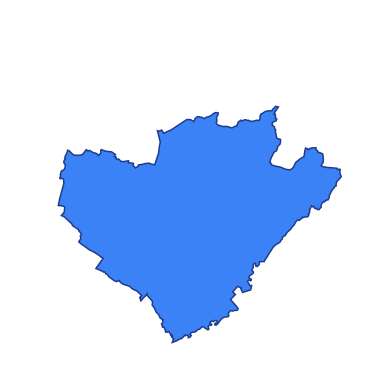 Kao Liao, Nakhon Sawan, Thailand (Equal Earth projection), rotated 46°
{"feature_id": "78962969B93579167004560", "entity_name": "Kao Liao", "entity_type": "district", "adm_level": 2, "iso_a3": "THA", "parent_name": "Thailand", "parent_adm1": "Nakhon Sawan", "projection": "equal_earth", "projection_center": [100.115, 15.884], "detail": "fine", "context": "isolated", "style": "filled", "palette": "blue", "viewbox_px": 384, "rotation_deg": 46, "n_neighbors": 0, "source": "geoboundaries", "source_scale": "gbopen_adm2", "svg_char_len": 6036}
<svg xmlns="http://www.w3.org/2000/svg" viewBox="0 0 384 384"><g transform="rotate(46 192 192)"><path d="M75.5,252.5L76.7,254.1L78.3,258.7L79.3,259.9L80.2,260.1L80.3,261.4L81.1,263.1L81.9,263.8L84.7,264.4L86.6,266.9L87.1,269.6L86.2,270.6L86.2,271.4L88.0,274.7L89.4,275.3L90.0,277.4L90.5,277.7L91.2,277.3L92.3,275.7L93.2,275.5L93.7,275.6L96.8,278.2L104.5,291.2L108.9,297.6L109.5,297.1L109.7,296.6L112.9,294.3L113.8,294.1L114.8,294.4L117.7,297.9L118.2,302.4L119.6,301.6L122.3,301.0L131.7,300.6L133.1,301.3L140.2,299.8L141.5,300.5L142.7,300.4L145.8,301.0L146.0,302.9L147.5,303.7L148.6,305.1L148.8,306.5L149.2,306.8L148.9,307.7L150.0,308.2L162.8,305.9L165.5,304.8L168.9,303.8L173.3,302.8L175.8,302.7L176.5,302.2L177.9,302.0L180.3,314.3L184.0,312.6L185.5,312.2L186.7,311.3L188.0,311.4L188.5,310.5L189.5,310.4L190.9,310.9L191.5,310.5L193.3,310.2L195.3,310.7L201.9,309.5L204.0,308.5L205.2,305.7L206.2,306.2L209.8,305.9L216.6,302.4L219.6,302.3L222.9,301.3L224.4,300.5L231.4,300.1L231.6,303.0L233.5,303.2L233.5,303.9L234.8,304.4L234.4,300.9L234.4,296.9L234.1,295.1L235.2,296.1L242.6,296.3L244.3,297.3L245.2,298.8L245.9,299.3L248.7,299.5L253.5,301.2L257.1,301.2L260.8,302.5L261.3,302.0L262.2,302.2L263.7,301.5L263.9,302.3L264.2,302.2L265.6,303.8L265.8,304.7L265.6,305.5L266.6,306.0L267.7,306.1L268.3,307.0L268.9,307.0L269.2,306.5L270.7,306.2L271.7,306.8L272.5,306.7L273.3,307.6L274.4,308.3L275.7,307.1L275.6,306.3L276.3,305.5L277.0,306.0L277.7,305.7L279.2,306.3L279.6,305.9L280.2,306.6L280.7,305.9L281.2,305.7L281.6,307.1L282.3,307.4L282.7,306.9L283.4,306.8L284.0,307.5L285.1,307.3L285.3,308.4L286.6,310.7L288.4,306.3L289.2,303.0L290.2,301.2L290.1,297.7L290.1,297.0L290.6,296.9L290.4,296.2L291.8,294.8L292.4,294.6L294.3,295.9L295.0,294.4L295.1,293.8L294.7,292.2L293.3,292.5L292.7,291.5L293.1,289.1L294.5,287.7L294.8,287.0L294.6,286.4L295.1,285.9L294.9,283.8L296.0,281.6L295.9,280.0L296.2,278.1L297.1,277.2L299.0,277.2L300.6,276.6L301.8,276.5L302.4,275.8L302.2,275.0L300.4,274.1L299.7,272.9L299.9,271.7L301.1,271.2L301.2,270.1L300.7,269.7L298.9,270.1L298.3,269.6L298.2,268.2L298.6,267.5L300.1,266.7L300.0,265.6L300.9,264.1L302.0,263.6L302.8,263.9L303.1,264.4L303.1,265.3L302.5,266.3L302.9,267.5L303.6,267.9L304.5,267.1L304.7,265.2L303.8,259.3L303.9,257.0L305.3,254.4L306.5,253.2L306.8,252.3L306.6,251.4L305.2,250.8L304.4,249.7L304.1,247.2L304.5,246.3L305.8,245.6L306.9,243.5L308.3,242.0L308.5,241.2L307.9,239.8L305.2,239.4L296.1,239.0L295.9,232.0L292.1,232.1L291.6,224.7L295.2,223.3L295.5,224.1L299.4,225.3L303.2,217.8L300.7,214.1L300.2,214.9L299.2,215.3L297.5,214.7L295.6,214.5L294.8,214.0L294.6,212.6L296.5,211.6L296.7,211.0L296.5,210.4L295.7,209.9L293.8,210.7L292.8,210.6L292.5,209.7L292.5,207.5L293.0,205.2L292.7,203.8L291.7,203.2L290.5,203.4L289.6,203.1L288.9,200.5L287.3,199.1L286.7,198.1L286.8,196.5L287.4,196.0L288.0,196.2L289.4,197.6L290.9,196.9L290.9,194.2L290.7,193.7L290.0,193.4L289.4,192.0L289.1,191.8L292.2,188.4L291.6,186.9L290.7,182.2L290.1,180.6L288.8,174.9L288.2,172.8L288.0,169.3L289.2,163.5L288.6,161.5L288.5,159.9L287.4,158.2L287.5,156.9L288.1,155.3L287.1,151.4L287.3,147.4L286.6,143.1L286.7,141.5L285.6,138.3L285.5,137.3L285.7,135.1L287.0,134.4L286.9,132.6L287.3,131.5L286.9,130.0L288.0,129.4L288.2,128.2L290.0,126.4L290.2,125.5L289.8,124.2L288.9,123.9L289.0,122.5L288.0,121.5L287.6,120.5L286.4,120.0L286.4,119.3L285.0,115.6L286.5,115.5L287.0,114.5L287.6,114.5L288.2,115.0L289.5,114.9L290.0,114.6L290.3,113.6L291.9,113.9L292.9,112.8L292.6,109.4L291.5,108.8L290.4,106.4L290.3,103.9L291.0,103.8L291.3,100.3L292.1,99.9L292.1,99.2L291.5,97.5L289.9,95.8L289.3,93.4L288.6,92.1L287.7,88.5L287.8,86.9L287.2,86.0L287.8,84.0L286.8,83.3L285.0,80.9L285.1,78.7L284.8,77.1L285.0,75.9L284.5,73.9L281.3,72.5L280.5,71.7L279.6,71.1L278.7,69.7L278.0,70.1L276.8,71.8L275.6,71.2L267.7,78.2L264.1,80.5L263.0,80.8L262.3,79.7L262.1,78.2L261.8,77.2L261.1,76.2L258.3,73.5L255.3,71.5L251.9,73.0L251.3,73.8L249.4,73.0L248.5,73.3L247.6,73.0L247.1,73.1L246.2,72.1L243.1,75.8L243.1,76.5L242.7,76.8L242.7,78.7L242.1,79.1L241.4,78.7L239.3,79.8L240.5,81.8L244.3,86.8L243.3,91.0L242.8,96.1L242.9,97.3L244.5,101.3L244.7,103.2L244.4,105.6L242.3,107.7L240.7,108.8L235.5,111.1L231.5,113.9L227.8,115.9L225.9,115.2L224.7,115.6L224.3,114.5L222.8,112.2L220.4,105.6L220.5,104.5L221.0,103.5L221.0,102.6L220.0,100.3L218.8,98.9L218.8,95.7L217.4,93.3L215.6,91.8L214.7,92.2L213.5,93.3L211.8,93.4L210.6,92.8L208.0,90.9L206.8,90.4L205.2,88.5L204.1,88.6L202.3,87.4L201.0,87.8L199.5,87.7L198.9,86.8L198.3,86.7L197.7,85.8L199.1,82.5L199.2,81.8L198.7,80.9L198.2,80.3L197.8,80.8L196.3,80.4L196.3,80.0L193.9,78.0L193.0,78.8L192.1,77.0L190.9,70.8L188.4,72.3L188.4,73.1L188.8,74.5L188.5,76.0L189.0,78.2L187.7,79.4L185.1,83.0L184.2,87.3L183.8,88.2L184.5,90.2L186.7,92.3L186.8,93.2L187.1,94.3L186.2,95.0L185.6,95.2L182.8,100.0L181.7,100.6L180.8,101.4L179.5,101.6L178.9,102.4L177.0,103.5L176.4,104.1L176.2,106.1L175.8,106.6L174.7,106.6L174.3,107.0L173.8,110.1L174.3,111.0L175.1,113.1L175.7,113.6L174.4,115.9L174.0,118.0L173.0,119.3L170.2,120.6L168.2,122.1L166.8,124.1L166.4,124.1L162.6,126.5L160.9,126.9L159.0,126.6L158.1,124.6L155.5,122.7L154.8,120.9L154.7,120.0L153.6,118.3L153.0,118.3L151.3,119.8L150.9,120.5L150.4,123.0L150.0,126.3L147.9,130.4L147.9,132.0L144.5,133.4L143.9,134.2L142.8,134.7L141.5,135.8L141.3,138.8L142.1,140.1L142.5,141.8L139.1,142.7L136.3,145.3L132.9,163.5L130.1,171.5L126.4,170.8L125.2,173.6L123.9,174.3L134.0,180.1L135.9,182.9L140.9,189.2L146.6,200.0L145.2,200.7L143.8,202.0L141.7,202.6L139.3,205.5L137.4,208.8L135.3,211.8L136.0,212.7L135.6,215.9L133.5,215.8L132.1,216.1L130.8,214.2L126.6,217.3L125.4,216.0L122.1,220.8L121.9,220.8L120.4,221.9L117.7,221.8L117.0,222.1L116.7,223.2L114.7,223.4L114.3,222.3L112.4,223.1L111.9,221.0L107.2,222.0L101.9,226.4L101.5,226.2L100.4,227.0L98.5,227.7L98.7,228.7L100.6,230.6L100.8,231.8L100.7,234.0L99.9,233.7L97.3,234.2L95.3,235.6L90.7,236.9L90.3,238.5L88.3,238.5L88.1,239.6L88.7,242.2L88.8,244.4L89.1,244.9L87.0,247.9L83.4,251.3L82.1,251.6L77.1,251.7L75.5,252.5Z" fill="#3b82f6" stroke="#1e3a8a" stroke-width="1.5"/></g></svg>